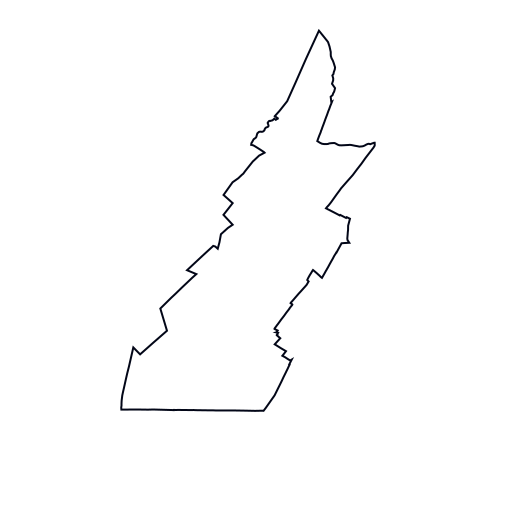 outline of Tlaxcoapan, Hidalgo, Mexico, rotated 315°
{"feature_id": "50627088B91573005183393", "entity_name": "Tlaxcoapan", "entity_type": "district", "adm_level": 2, "iso_a3": "MEX", "parent_name": "Mexico", "parent_adm1": "Hidalgo", "projection": "orthographic", "projection_center": [-99.215, 20.097], "detail": "fine", "context": "isolated", "style": "outline", "palette": "ink", "viewbox_px": 512, "rotation_deg": 315, "n_neighbors": 0, "source": "geoboundaries", "source_scale": "gbopen_adm2", "svg_char_len": 4615}
<svg xmlns="http://www.w3.org/2000/svg" viewBox="0 0 512 512"><g transform="rotate(315 256 256)"><path d="M52.2,269.4L55.6,272.8L63.3,280.4L71.0,288.3L74.8,291.9L87.0,304.8L88.5,306.4L88.8,306.8L89.0,306.7L89.1,306.8L89.6,307.3L89.9,307.7L92.5,310.2L93.2,310.9L94.6,312.4L96.6,314.4L101.9,319.8L103.0,320.8L104.1,322.1L111.1,329.3L116.9,335.2L118.0,336.4L121.9,340.3L128.3,346.7L132.9,351.4L138.9,357.6L145.9,364.9L150.5,369.3L151.9,370.8L155.6,370.3L165.9,368.5L170.6,367.7L177.1,365.5L181.6,364.0L186.0,362.5L189.8,361.1L195.2,359.3L195.4,359.2L198.1,358.3L201.1,357.2L202.9,356.6L202.8,356.2L208.0,354.5L206.5,354.1L206.3,354.1L205.6,351.2L205.0,348.2L204.1,345.2L206.8,344.9L209.9,344.5L208.4,338.7L207.7,335.6L206.8,331.7L215.0,331.3L214.7,327.2L215.2,327.0L215.0,326.5L217.3,325.9L216.3,324.3L216.5,324.4L218.6,324.0L217.5,320.7L217.8,320.4L218.5,320.3L220.6,320.0L222.4,319.7L222.8,319.7L226.0,319.2L229.1,318.7L230.8,318.5L233.9,318.1L235.0,317.9L237.4,317.5L240.7,317.1L242.2,316.9L242.3,316.8L244.2,316.5L245.3,316.4L246.3,316.3L247.0,316.2L247.4,316.0L247.4,315.6L247.4,315.2L247.2,314.6L247.1,313.8L247.7,313.6L248.5,313.6L251.6,313.4L254.2,313.2L259.6,312.8L262.4,312.7L267.9,312.4L268.3,312.4L271.4,312.2L274.4,311.4L275.2,311.2L275.2,309.9L275.3,309.2L276.9,308.6L278.2,308.2L280.3,307.6L282.5,307.1L284.2,306.7L284.6,306.6L285.7,306.3L286.4,306.2L286.5,307.0L286.6,308.1L286.9,312.3L286.9,313.2L287.0,314.1L287.0,315.9L287.0,316.1L287.0,316.9L287.2,318.1L292.0,316.8L294.4,316.1L295.0,315.9L295.3,315.9L296.6,315.5L298.9,314.9L300.9,314.3L301.2,314.2L305.0,313.1L308.3,312.2L311.5,311.2L314.2,310.6L315.2,310.3L315.3,310.5L318.7,309.5L322.1,308.5L325.5,307.5L327.4,309.1L328.2,309.8L331.3,312.6L332.0,309.4L332.9,308.2L336.0,305.6L337.6,304.2L339.5,302.7L342.6,299.7L345.0,298.3L348.8,296.1L347.6,292.7L346.6,292.8L344.6,286.5L343.9,286.5L342.5,282.0L339.2,271.8L340.6,271.6L343.4,271.5L346.9,271.1L353.4,270.0L357.0,269.4L361.8,268.7L364.0,268.3L373.2,267.7L381.6,267.2L389.2,266.1L395.8,265.3L402.8,264.1L414.4,262.6L415.9,262.4L417.3,262.0L417.6,262.0L418.3,261.6L420.0,259.8L419.7,259.5L418.9,259.1L417.6,258.5L415.8,257.7L415.6,257.2L415.1,256.4L414.4,255.9L413.3,255.4L412.4,255.1L411.2,254.8L410.1,254.4L409.1,253.9L408.3,253.3L406.4,251.7L405.6,250.4L403.7,247.7L402.6,246.0L401.8,244.8L400.9,243.7L399.9,242.9L394.8,238.3L393.2,236.6L392.5,235.1L392.0,233.3L391.6,232.1L391.2,231.4L390.3,230.6L389.2,229.6L388.2,228.8L387.4,228.2L386.2,227.7L385.2,226.9L383.3,225.0L382.7,224.2L382.0,223.2L381.3,221.2L380.6,218.1L382.4,217.2L385.9,215.6L388.6,214.5L389.2,214.2L389.7,214.0L390.5,213.5L391.8,213.0L393.6,212.1L395.6,211.2L397.4,210.4L398.6,209.8L399.4,209.5L400.1,209.1L401.0,208.7L401.8,208.3L402.5,208.0L403.4,207.6L404.0,207.3L405.2,206.8L406.7,206.1L409.4,204.8L411.8,203.8L413.0,203.2L413.9,202.8L414.9,202.3L415.4,202.1L416.0,201.9L418.9,200.6L418.1,200.4L419.6,198.5L421.4,196.2L423.9,196.4L425.7,195.5L427.0,195.2L428.1,194.7L430.6,193.2L431.5,188.0L434.7,186.4L436.2,185.0L437.7,182.3L439.4,182.1L441.0,181.0L443.6,179.8L445.3,178.5L446.3,176.6L447.0,175.3L447.7,173.9L448.3,172.6L448.8,171.2L449.2,169.7L449.8,168.6L450.2,167.7L450.7,167.1L451.3,166.4L453.1,164.6L456.1,159.9L458.2,155.7L458.4,154.3L459.7,142.4L459.8,141.2L430.6,152.0L405.9,161.6L387.5,168.6L375.5,170.0L368.2,170.4L368.8,174.1L368.5,174.3L367.4,173.9L366.3,173.7L366.1,171.8L364.1,171.8L363.1,171.5L362.5,171.0L361.8,170.8L361.2,170.1L360.6,169.8L360.2,169.8L358.7,170.0L358.3,170.2L357.7,171.5L357.1,172.6L356.8,172.9L356.0,173.1L355.3,172.9L354.0,172.3L353.1,172.2L351.8,172.5L351.0,173.0L350.6,173.0L349.8,173.1L349.2,173.0L348.5,172.7L347.8,172.2L347.6,171.9L347.3,171.5L347.0,171.2L346.3,170.6L345.9,170.4L345.6,170.3L344.7,170.3L343.9,170.2L343.3,170.4L340.8,171.8L340.2,172.1L339.6,172.2L338.7,172.1L337.9,172.0L337.1,171.8L336.5,171.9L333.8,172.7L332.5,173.0L332.1,173.3L331.8,173.5L331.6,173.8L331.2,174.0L332.3,175.8L332.7,177.1L333.4,180.1L334.3,184.1L334.4,184.7L334.9,187.1L335.1,188.0L335.1,188.9L335.1,189.0L329.2,187.2L322.3,187.0L320.7,186.9L308.4,188.3L305.2,188.8L303.2,188.6L298.4,188.5L291.6,187.3L288.0,187.9L276.2,189.9L276.9,202.1L262.1,203.9L261.6,217.4L257.1,216.5L256.0,216.3L246.6,215.8L239.8,220.5L234.1,223.8L233.9,220.5L232.9,218.6L232.1,218.6L218.2,218.0L197.2,217.3L201.0,226.6L195.6,226.3L187.6,226.1L180.6,225.9L172.8,225.8L166.7,225.6L151.2,225.5L140.2,245.9L122.8,244.7L104.5,243.6L104.6,233.9L88.2,244.2L82.0,247.9L76.9,251.1L69.2,256.0L66.0,258.0L62.9,260.0L58.8,263.2L56.6,265.2L55.2,266.6L53.5,267.9L52.2,269.4Z" fill="none" stroke="#020617" stroke-width="2"/></g></svg>